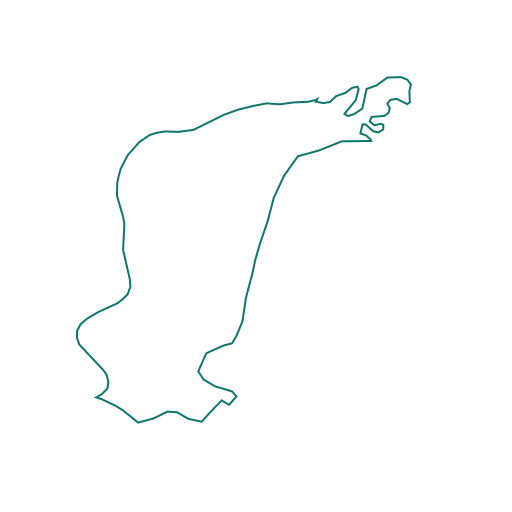 the district of Chonnae, Kangwŏn-do, North Korea, rotated 345°
{"feature_id": "82179303B51352172049621", "entity_name": "Chonnae", "entity_type": "district", "adm_level": 2, "iso_a3": "PRK", "parent_name": "North Korea", "parent_adm1": "Kangwŏn-do", "projection": "robinson", "projection_center": [127.238, 39.287], "detail": "fine", "context": "isolated", "style": "outline", "palette": "teal", "viewbox_px": 512, "rotation_deg": 345, "n_neighbors": 0, "source": "geoboundaries", "source_scale": "gbopen_adm2", "svg_char_len": 1625}
<svg xmlns="http://www.w3.org/2000/svg" viewBox="0 0 512 512"><g transform="rotate(345 256 256)"><path d="M355.7,120.3L353.8,120.8L346.1,120.5L332.2,117.4L318.4,115.7L311.1,113.2L305.8,111.3L291.2,110.3L276.8,110.0L261.6,111.3L228.1,118.0L213.2,116.0L200.4,112.2L192.0,111.3L184.7,111.6L172.9,115.7L158.3,125.3L147.8,136.8L143.9,143.5L141.0,149.3L137.3,161.7L137.8,183.7L137.1,191.1L130.0,213.2L129.2,215.7L128.1,246.0L126.8,253.1L122.1,259.8L115.3,263.6L109.8,265.8L89.1,269.3L76.3,272.9L69.0,276.4L63.7,282.1L61.9,288.5L62.4,295.8L78.9,326.5L81.0,332.3L80.7,339.6L78.3,345.4L71.5,349.5L65.0,351.2L70.2,354.6L81.7,364.5L87.2,370.3L96.4,382.7L99.0,386.4L105.6,386.4L114.8,386.4L130.2,383.4L139.3,386.5L148.5,395.8L160.7,402.0L170.0,395.9L185.4,386.6L191.5,392.8L192.2,392.3L200.8,386.6L197.7,380.5L182.5,371.1L173.4,361.8L170.4,352.5L182.8,337.1L201.2,334.1L210.4,334.1L216.6,327.9L226.0,315.6L235.4,293.9L247.8,272.3L254.1,259.9L263.4,244.5L275.9,226.0L288.3,204.3L303.8,185.8L322.4,170.4L343.8,170.4L368.4,167.4L397.1,174.7L396.8,173.2L393.5,168.0L388.6,164.7L389.0,163.8L392.9,156.4L395.9,157.3L401.6,166.0L406.2,168.3L411.6,166.7L412.9,162.2L410.7,160.6L404.1,160.3L400.7,155.4L403.6,151.6L416.3,153.9L421.1,152.0L423.5,147.9L422.3,142.9L426.1,139.9L432.7,140.7L441.3,148.4L444.4,147.4L445.1,144.2L446.8,136.5L450.1,130.3L447.8,124.9L442.5,120.8L436.3,119.3L429.0,117.6L416.6,122.4L406.0,123.3L396.9,141.1L387.3,144.4L381.1,144.6L378.2,141.6L392.8,131.2L398.3,121.4L397.8,118.7L392.3,118.5L384.4,121.6L374.9,122.3L367.2,126.4L360.6,125.7L353.8,122.5L355.7,120.3Z" fill="none" stroke="#0f766e" stroke-width="2"/></g></svg>